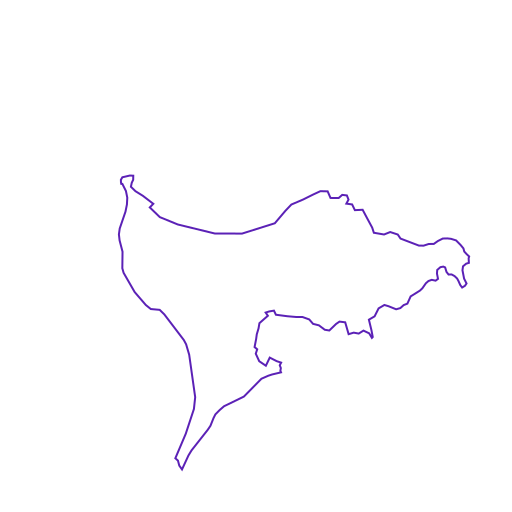 Chiba, Mercator projection, rotated 237°
{"feature_id": "JPN-1855", "entity_name": "Chiba", "entity_type": "Prefecture", "adm_level": 1, "iso_a3": "JPN", "parent_name": "Japan", "parent_adm1": "", "projection": "mercator", "projection_center": [140.102, 35.49], "detail": "fine", "context": "isolated", "style": "outline", "palette": "violet", "viewbox_px": 512, "rotation_deg": 237, "n_neighbors": 0, "source": "natural_earth", "source_scale": "10m", "svg_char_len": 2236}
<svg xmlns="http://www.w3.org/2000/svg" viewBox="0 0 512 512"><g transform="rotate(237 256 256)"><path d="M389.9,182.3L391.2,182.8L393.5,184.2L394.8,186.8L392.2,194.0L390.2,196.8L386.8,194.5L385.1,191.7L382.2,188.8L376.0,190.2L368.1,193.9L355.7,198.3L354.6,193.4L341.0,196.5L325.0,207.6L297.3,233.7L282.4,256.5L273.2,289.6L277.9,305.3L279.9,313.7L277.7,326.3L276.4,337.6L275.3,345.3L271.2,351.3L264.1,350.1L259.6,356.9L260.3,361.6L257.3,365.2L252.9,364.3L250.7,360.3L246.9,364.7L240.6,363.9L236.7,370.6L227.5,369.8L216.5,368.9L211.3,367.5L204.3,375.1L203.0,381.6L196.8,386.6L191.9,386.7L183.4,392.9L176.0,398.3L173.4,402.2L172.0,407.4L169.3,411.7L169.5,416.7L168.9,422.2L166.5,426.1L164.2,428.9L160.1,432.3L153.8,433.6L149.4,434.1L146.3,433.1L142.7,433.7L139.5,434.5L138.3,433.1L134.3,430.8L135.1,428.1L134.6,424.0L131.6,421.4L123.7,418.2L118.3,417.6L117.2,415.0L117.3,411.7L120.4,411.5L124.9,412.2L127.6,412.4L131.0,411.6L134.0,410.0L135.6,407.4L138.9,407.1L143.4,408.4L145.1,407.3L146.2,404.6L145.6,400.4L142.7,398.2L137.7,396.2L137.5,393.2L140.3,390.4L141.1,387.0L140.6,383.6L138.3,377.9L137.7,374.6L137.9,363.7L133.6,357.0L134.4,353.1L133.7,348.7L135.0,344.5L141.7,339.8L145.0,337.0L145.3,330.3L140.8,322.6L141.1,316.0L130.9,312.4L124.5,309.8L124.2,308.6L129.5,308.8L134.9,305.5L135.0,299.9L138.5,296.2L140.0,291.1L151.8,294.7L155.5,290.3L155.4,286.2L153.6,276.9L156.7,273.5L163.6,271.0L168.0,266.9L173.8,266.1L179.6,261.7L183.1,256.3L188.4,249.5L195.9,240.7L200.4,241.3L202.3,236.9L203.3,233.3L199.4,233.4L198.6,227.7L197.8,222.3L193.9,218.7L189.9,214.0L186.3,210.9L180.4,205.2L177.1,206.2L174.2,202.6L166.0,201.4L158.6,204.5L163.3,212.2L156.5,216.1L152.9,219.0L151.4,216.4L148.5,215.8L146.4,213.9L144.8,213.6L147.9,204.9L148.9,201.1L150.1,193.7L144.7,169.3L147.4,147.4L146.6,141.6L145.3,135.7L143.2,132.1L138.4,125.3L136.5,120.8L128.1,96.1L125.5,90.7L117.3,77.7L122.0,77.5L126.9,79.1L130.3,78.2L145.2,100.3L161.5,120.6L170.7,128.1L209.6,146.2L220.0,149.3L224.9,149.7L257.0,147.3L263.3,145.9L268.8,138.9L274.9,136.9L291.8,134.6L314.0,135.8L318.5,137.2L332.3,146.4L343.4,150.1L348.8,152.8L353.3,156.7L364.2,170.6L369.5,175.8L375.0,179.8L381.3,182.3L389.3,183.2L389.9,182.3Z" fill="none" stroke="#5b21b6" stroke-width="2"/></g></svg>